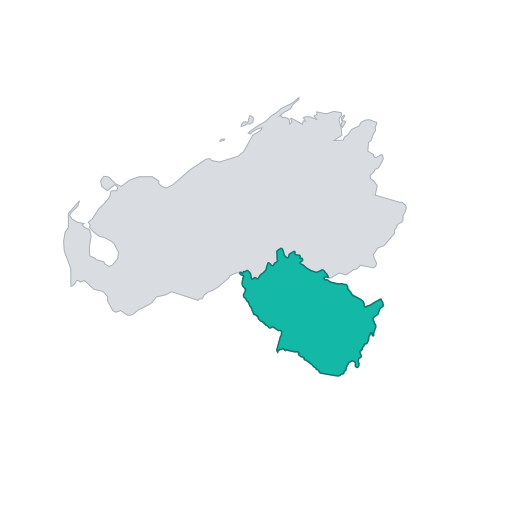 Amazonas on a map of Venezuela (Albers equal-area conic projection), rotated 328°
{"feature_id": "VEN-38", "entity_name": "Amazonas", "entity_type": "State", "adm_level": 1, "iso_a3": "VEN", "parent_name": "Venezuela", "parent_adm1": "", "projection": "albers", "projection_center": [-66.172, 3.421], "detail": "fine", "context": "in_parent", "style": "filled", "palette": "teal", "viewbox_px": 512, "rotation_deg": 328, "n_neighbors": 0, "source": "natural_earth", "source_scale": "10m", "svg_char_len": 9804}
<svg xmlns="http://www.w3.org/2000/svg" viewBox="0 0 512 512"><g transform="rotate(328 256 256)"><path d="M424.2,200.3L429.0,206.5L428.6,208.0L425.6,209.5L423.9,213.0L420.2,214.6L415.0,218.9L411.6,219.3L406.4,226.4L409.3,231.9L408.7,234.8L410.0,236.2L416.1,236.3L416.7,237.8L415.9,240.1L414.8,241.6L406.6,246.2L402.6,245.7L400.9,247.1L395.6,248.1L394.1,250.9L395.5,254.5L396.1,260.5L389.4,267.6L406.2,286.5L408.0,287.5L409.7,291.8L409.2,294.5L406.2,297.5L402.0,299.8L399.6,303.7L397.0,304.5L392.5,304.3L390.2,306.4L387.4,307.2L385.4,310.2L370.1,315.1L363.5,313.7L355.7,317.3L354.4,326.2L352.0,328.2L349.2,328.2L339.6,319.2L334.8,320.5L331.6,319.3L322.1,319.7L317.7,314.6L307.8,314.3L304.1,310.8L302.4,310.8L301.6,311.9L305.5,317.6L317.0,328.5L317.1,338.4L322.5,352.1L321.5,356.4L324.7,357.7L338.5,358.7L338.3,363.6L336.5,365.9L333.8,366.3L326.8,370.0L322.5,371.2L319.8,379.2L317.5,381.5L315.0,383.4L310.3,383.5L304.0,388.7L301.7,388.6L296.4,391.1L287.7,398.6L284.8,403.2L282.7,403.3L283.6,399.3L282.5,397.1L280.4,396.0L278.5,395.8L276.1,396.8L269.7,400.8L263.5,401.6L260.2,399.8L248.7,389.5L248.5,386.0L245.8,377.7L240.0,362.3L240.1,359.4L230.9,351.6L229.6,349.0L225.8,347.9L223.4,349.0L224.1,346.4L236.5,335.3L237.5,332.9L232.7,325.8L230.1,323.8L228.6,321.4L225.4,312.8L224.7,306.1L223.6,304.8L224.9,288.7L224.4,285.1L225.4,282.4L227.8,280.6L229.1,277.7L229.4,273.8L230.9,270.6L233.5,268.1L234.3,265.7L233.3,261.7L231.0,260.1L223.6,258.9L221.5,260.1L207.9,262.3L201.1,262.2L195.9,261.2L192.0,261.5L187.5,263.7L185.2,262.4L183.4,263.0L165.5,241.6L158.9,241.1L149.9,238.0L142.8,240.4L139.9,240.6L127.3,239.4L120.3,240.4L117.4,239.3L115.4,237.7L112.3,230.6L107.5,229.4L105.6,226.6L106.3,215.2L108.6,212.1L107.8,207.0L107.1,204.6L100.8,198.2L97.5,185.8L93.4,185.1L92.1,182.4L90.9,181.9L87.4,183.6L83.7,184.2L83.0,183.5L92.3,168.4L95.9,150.4L100.6,141.6L106.8,134.6L111.9,132.5L119.4,120.5L135.7,115.6L131.3,119.3L121.6,121.5L119.4,123.0L119.6,127.0L122.4,132.7L127.3,137.3L125.0,137.7L126.1,141.8L128.4,144.6L128.5,146.4L126.7,151.8L119.2,160.4L115.1,167.8L118.1,172.3L118.6,174.6L124.0,180.2L123.5,182.4L125.9,187.0L129.7,187.6L137.3,184.8L141.3,180.0L142.2,170.8L141.5,167.5L136.9,159.6L133.7,156.5L131.0,149.6L129.8,143.3L131.9,141.8L131.7,138.5L136.9,137.7L148.3,132.4L155.3,131.1L163.3,128.3L166.8,124.5L168.0,124.3L172.2,126.5L174.2,125.7L175.0,124.0L173.9,120.7L164.4,121.8L162.0,115.2L164.1,109.8L169.2,107.7L172.9,110.9L175.3,120.6L178.6,125.6L188.8,124.6L199.1,126.9L210.1,133.8L213.3,141.0L211.9,142.8L212.6,145.9L214.2,149.0L216.6,150.9L223.5,151.5L246.0,147.9L264.9,147.4L268.5,148.9L268.9,151.5L275.0,157.0L293.5,161.8L300.6,161.0L317.5,151.8L326.5,152.0L329.1,150.6L325.8,149.2L318.2,148.7L315.9,149.6L314.6,147.3L325.5,146.5L335.1,147.0L342.9,145.3L349.1,145.3L355.4,144.2L367.1,145.5L376.3,144.4L375.3,145.9L367.3,147.2L363.6,149.4L355.6,149.0L350.0,149.8L351.8,150.5L351.8,152.7L353.4,153.2L355.8,156.0L356.4,158.3L354.4,162.0L356.7,161.6L358.0,160.4L358.0,157.8L359.3,158.3L365.2,168.9L367.7,166.4L369.5,167.9L369.4,163.9L371.4,164.0L375.7,166.7L380.1,172.8L379.4,168.1L382.9,168.0L383.9,166.0L391.0,172.7L398.6,174.6L404.3,179.6L403.1,182.1L399.7,183.3L398.4,184.9L395.9,192.9L392.8,199.2L383.3,199.3L391.3,204.0L394.1,202.0L398.2,201.9L404.2,199.3L412.3,200.4L415.9,198.3L420.4,198.6L424.2,200.3ZM326.1,134.6L326.9,137.9L324.3,140.8L320.8,140.9L318.1,139.0L316.7,139.4L312.0,138.4L313.3,136.6L316.8,135.7L319.4,137.8L321.5,137.9L322.0,136.2L324.9,133.7L326.1,134.6ZM402.6,190.1L397.5,192.8L397.3,190.2L401.2,187.0L402.9,189.0L402.6,190.1ZM291.3,140.4L289.9,141.0L286.2,139.6L287.0,138.7L289.0,138.7L291.3,140.4ZM403.6,185.3L400.5,186.1L401.4,184.3L404.6,183.2L405.7,183.6L403.6,185.3Z" fill="#d9dde1" stroke="#a8b0b8" stroke-width="1"/><path d="M306.0,312.5L305.6,312.0L304.6,311.1L303.5,310.5L302.3,310.5L301.9,310.9L301.7,311.4L301.7,311.9L301.7,312.4L302.0,313.0L302.5,313.3L303.6,313.8L304.0,314.2L304.5,315.7L305.6,317.9L306.1,318.6L307.3,319.5L307.9,320.1L309.0,321.6L311.5,323.6L312.5,324.1L313.7,324.6L314.3,325.0L315.8,326.8L317.0,327.7L317.4,328.3L317.6,328.9L317.6,330.3L317.4,330.8L316.7,331.7L316.4,332.2L316.4,332.8L317.0,336.1L317.1,337.1L316.9,339.4L317.0,340.4L317.4,341.3L318.2,342.3L319.2,344.0L320.0,345.0L322.0,348.8L322.4,350.2L322.8,351.0L322.6,351.9L322.5,353.3L322.4,353.8L321.4,355.6L321.2,356.2L321.3,356.8L321.5,357.2L321.9,357.5L322.5,357.3L324.0,357.5L327.1,358.3L328.7,358.3L330.3,358.1L333.7,358.2L335.3,358.4L338.6,358.5L339.1,358.7L339.2,359.0L338.9,359.9L338.9,360.4L338.9,362.1L338.9,362.5L338.2,364.1L338.1,364.5L338.1,365.0L337.9,365.5L337.1,365.8L335.3,366.2L334.4,366.1L334.0,366.1L332.6,366.8L328.9,369.8L328.3,370.0L327.8,370.1L324.8,370.1L323.8,370.1L322.9,370.5L321.8,371.3L321.4,372.1L321.2,374.4L320.8,376.0L320.9,377.5L320.7,378.5L320.4,379.1L320.0,379.7L319.4,380.3L318.2,381.0L316.8,382.4L315.0,383.7L314.5,384.2L314.0,385.3L313.7,385.8L313.3,385.9L312.8,385.7L312.6,385.1L312.7,384.4L312.9,383.9L313.4,382.9L313.4,382.4L312.8,382.0L312.2,382.1L311.6,382.5L310.6,383.3L309.2,384.0L308.6,384.4L308.1,385.0L307.6,386.2L307.2,386.7L304.0,388.8L303.4,388.9L302.9,388.8L301.6,388.2L301.2,388.2L299.7,389.5L298.2,389.9L297.9,390.0L297.1,390.8L296.6,391.0L296.5,391.6L295.5,391.8L294.4,391.7L293.5,391.9L292.9,393.1L292.7,395.3L292.4,396.4L291.8,397.2L291.3,397.4L290.8,397.5L289.7,397.3L289.0,397.3L288.6,397.5L287.0,399.5L286.7,399.9L286.5,400.6L286.5,401.5L286.4,401.9L285.9,402.4L285.4,403.2L284.9,403.7L284.2,404.0L283.7,404.2L283.1,404.3L282.6,404.1L282.2,403.7L282.0,403.2L281.9,401.9L282.5,400.9L283.3,400.0L283.7,398.8L283.7,398.1L283.5,397.6L283.2,397.1L282.6,396.3L282.0,395.8L281.7,395.6L281.4,395.6L280.8,395.7L279.0,395.6L278.5,395.7L277.8,395.9L276.8,396.5L274.6,397.6L274.1,397.9L273.5,398.5L272.5,399.7L271.9,400.2L271.4,400.5L270.9,400.6L269.8,400.7L269.2,401.0L268.4,401.9L267.8,402.2L267.2,402.1L266.4,401.5L265.9,401.3L265.4,401.3L263.9,401.8L262.3,401.4L260.8,400.3L248.7,389.5L248.2,388.4L248.1,387.8L248.5,386.8L248.5,386.2L248.3,385.6L248.0,385.1L247.2,384.3L247.1,383.9L247.3,382.9L247.2,382.3L246.2,380.3L246.1,379.8L246.1,378.6L246.0,378.1L243.8,372.2L243.3,371.3L243.3,371.0L243.2,370.8L242.7,370.5L242.1,369.7L242.0,369.4L242.6,368.6L242.7,368.2L242.6,366.8L242.4,366.4L241.2,365.8L240.9,365.5L240.5,364.4L240.3,363.6L239.9,362.6L239.9,362.1L240.7,361.3L241.1,360.8L240.7,360.0L240.7,359.5L240.6,359.3L240.4,359.1L239.6,358.6L238.7,358.3L237.7,357.4L237.2,357.2L236.8,356.3L235.7,355.6L235.2,354.8L234.8,354.6L234.4,354.1L234.2,353.7L233.4,353.3L233.0,352.4L232.7,352.0L232.2,351.9L231.0,351.9L230.7,351.6L230.6,351.1L230.4,349.9L230.2,349.4L229.9,348.8L229.4,348.5L228.4,348.8L227.8,348.6L226.7,348.1L226.4,347.8L226.2,347.7L225.7,348.0L224.9,348.0L224.4,348.1L223.9,348.8L223.5,349.1L223.5,347.3L224.0,346.6L233.9,337.4L234.2,337.2L235.1,337.0L235.4,336.8L236.9,334.8L237.6,333.8L237.7,332.7L236.9,331.8L235.9,331.4L235.5,331.2L235.2,330.7L233.4,326.1L232.7,325.1L231.7,324.7L230.3,324.8L229.8,324.6L229.3,324.0L229.1,323.4L229.0,322.1L228.8,321.5L227.7,319.7L227.6,319.2L227.5,317.6L227.3,316.9L227.1,316.9L227.2,316.4L227.0,315.9L226.8,315.6L226.5,314.8L225.6,313.9L225.4,313.4L224.9,310.9L225.0,310.0L225.5,309.1L225.5,308.8L225.5,308.5L225.1,307.9L225.0,307.6L225.2,307.0L225.2,306.8L225.1,306.7L224.7,306.4L224.5,305.5L224.3,305.2L223.8,304.9L223.8,305.0L223.6,304.9L223.2,304.4L223.1,304.1L223.1,303.8L223.6,303.3L223.6,302.2L223.8,301.5L223.9,300.1L224.0,299.5L224.5,298.7L224.5,297.6L224.7,297.1L224.6,296.8L224.7,296.5L224.7,296.2L224.3,295.4L224.4,294.8L224.5,293.8L224.9,292.8L224.9,291.2L225.2,290.7L224.5,289.5L224.4,289.0L224.4,288.4L224.7,287.3L224.6,286.2L224.2,285.4L223.9,284.4L224.2,283.3L224.8,282.3L225.8,281.5L226.3,281.5L226.8,281.0L227.6,280.7L228.3,280.1L228.5,279.9L228.9,279.8L229.0,279.6L229.3,278.7L229.8,278.1L229.8,277.8L229.3,277.2L228.9,275.2L228.9,274.0L229.2,272.9L229.6,271.9L230.2,271.0L231.7,269.5L232.0,269.1L233.2,267.8L234.5,267.2L234.8,266.9L234.9,266.5L234.8,265.9L234.6,265.3L234.0,264.9L233.0,263.4L233.0,262.4L233.1,262.0L233.9,261.4L234.7,261.9L234.9,262.2L235.3,263.0L235.7,263.2L236.0,263.3L236.3,263.2L236.9,262.7L237.1,262.6L237.4,262.7L238.0,263.2L238.6,263.4L239.3,263.5L240.4,263.4L240.9,263.6L241.4,264.4L241.8,266.1L241.9,267.0L241.9,268.0L241.8,268.7L240.4,272.0L240.3,272.9L240.4,273.5L240.6,273.8L241.2,273.9L242.6,273.6L243.2,273.6L243.6,273.7L243.9,273.9L244.2,274.2L244.5,275.3L244.7,275.8L245.0,276.1L245.6,276.2L246.3,276.0L246.8,275.8L248.6,274.8L250.3,274.2L253.4,274.1L255.0,273.6L255.8,273.4L257.1,273.0L257.5,272.7L259.3,270.9L262.5,268.3L262.9,268.4L263.1,268.5L263.6,269.2L264.2,272.0L264.8,273.0L265.0,273.2L265.4,273.3L266.2,273.0L266.7,272.8L267.7,272.0L268.1,271.9L270.2,272.0L270.5,272.0L271.4,271.6L271.8,271.3L272.0,270.8L272.1,270.1L274.9,265.4L275.3,264.4L275.7,263.5L276.8,262.8L277.4,262.7L279.1,262.7L280.6,262.6L281.1,262.7L281.8,263.2L281.9,263.6L282.0,264.3L281.8,265.6L281.5,266.6L281.3,267.8L280.8,268.8L280.5,270.1L280.6,271.8L281.3,273.7L281.5,274.0L282.0,274.4L282.7,274.3L283.1,274.1L284.0,273.3L284.7,272.4L285.1,272.2L285.7,272.1L290.1,272.2L290.8,272.3L291.1,272.6L291.2,273.0L291.1,273.6L290.1,274.6L290.1,275.1L290.4,275.9L290.7,276.3L291.1,276.7L293.2,278.3L293.4,278.6L293.5,279.2L293.2,279.9L293.1,280.1L292.3,280.6L292.2,280.6L292.2,280.9L292.4,281.3L293.8,282.4L293.9,282.7L293.9,282.9L293.5,284.0L293.2,284.3L292.8,284.5L292.2,284.8L290.5,284.7L289.9,285.0L289.7,285.2L289.5,285.7L289.7,286.3L290.2,287.2L290.9,288.0L291.2,288.4L292.2,292.1L293.1,294.3L294.0,295.7L294.7,297.3L298.4,301.8L298.7,301.9L301.3,302.5L303.6,302.6L304.6,302.7L305.1,303.1L305.5,303.5L305.7,303.9L305.9,305.1L306.3,308.5L306.5,309.4L306.5,310.4L306.1,312.1L306.0,312.5Z" fill="#14b8a6" stroke="#0f766e" stroke-width="1.5"/></g></svg>